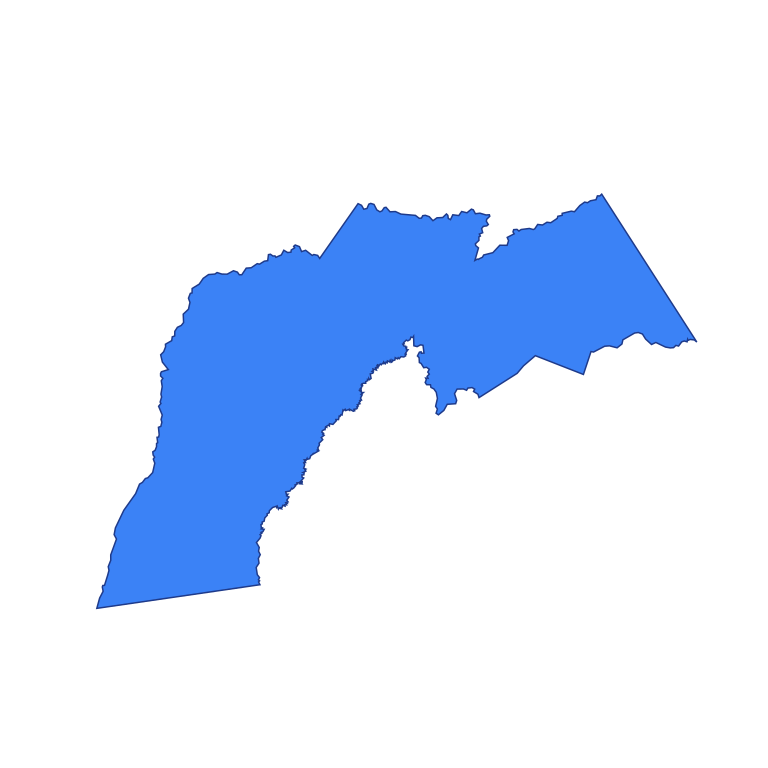 Kalabo, Western, Zambia (Albers equal-area conic projection), rotated 262°
{"feature_id": "96606910B70334566672203", "entity_name": "Kalabo", "entity_type": "district", "adm_level": 2, "iso_a3": "ZMB", "parent_name": "Zambia", "parent_adm1": "Western", "projection": "albers", "projection_center": [22.442, -14.856], "detail": "fine", "context": "isolated", "style": "filled", "palette": "blue", "viewbox_px": 768, "rotation_deg": 262, "n_neighbors": 0, "source": "geoboundaries", "source_scale": "gbopen_adm2", "svg_char_len": 6157}
<svg xmlns="http://www.w3.org/2000/svg" viewBox="0 0 768 768"><g transform="rotate(262 384 384)"><path d="M566.2,383.4L517.3,337.8L520.6,336.2L522.0,332.5L521.3,330.8L527.3,325.0L526.6,320.8L531.8,319.4L534.0,315.4L532.9,313.7L531.3,314.5L529.6,310.8L527.5,310.2L527.6,306.9L530.4,303.4L526.1,300.3L524.5,294.6L526.0,293.9L526.2,291.8L528.3,289.6L528.2,287.6L522.3,286.0L522.3,282.6L520.0,277.4L520.8,275.2L517.6,268.6L517.9,263.7L512.0,258.4L512.3,255.9L515.2,254.4L517.1,250.7L514.6,244.0L515.4,238.8L517.6,234.2L516.4,231.8L516.8,225.5L513.8,219.7L508.6,214.9L505.3,207.3L500.9,206.6L500.7,204.8L496.2,202.3L491.8,203.2L485.3,200.8L481.1,194.9L472.8,194.1L470.2,191.4L468.9,187.3L465.3,184.2L460.7,183.4L460.2,180.9L456.5,179.8L453.8,173.1L451.2,172.9L446.6,170.3L444.0,166.9L436.5,167.6L428.3,172.4L427.1,165.3L425.5,164.2L423.0,163.9L420.4,165.8L418.2,163.9L412.3,164.0L405.0,161.7L402.1,162.0L397.3,159.8L395.8,160.4L393.3,157.7L384.1,160.1L379.9,158.3L377.1,158.7L373.1,157.1L372.5,154.6L365.0,154.3L362.8,153.4L362.8,151.8L357.3,151.7L356.8,150.5L353.5,150.0L350.2,148.1L349.0,145.6L345.8,145.5L343.5,146.7L341.8,145.1L337.5,146.0L328.5,142.6L324.0,137.1L323.6,134.5L320.2,131.1L318.9,128.0L310.0,122.8L295.2,108.8L278.9,98.0L272.4,95.8L267.7,97.5L252.8,89.6L247.5,88.9L241.5,85.5L237.7,85.7L233.0,83.7L223.5,79.2L223.6,77.5L222.2,76.8L217.8,77.0L211.6,72.6L201.8,68.4L202.5,233.2L205.5,232.2L206.4,233.4L207.6,232.4L209.6,233.8L212.8,232.0L220.1,231.9L224.0,235.3L228.8,235.3L232.2,237.7L235.9,236.5L239.5,237.7L244.8,235.6L248.6,239.8L250.9,241.1L252.1,240.3L253.4,242.4L254.2,241.7L254.7,243.6L256.8,245.1L257.6,242.3L258.5,243.5L258.9,242.5L261.9,242.6L262.4,244.0L264.2,244.1L264.8,246.2L268.0,247.3L270.3,250.2L271.7,250.1L272.5,252.4L274.4,252.8L277.2,256.5L277.9,260.3L276.8,260.5L277.8,261.3L274.9,262.0L275.7,262.5L274.8,264.9L275.9,264.3L275.8,265.8L277.9,266.8L276.9,268.9L278.2,268.7L277.9,270.8L279.9,270.2L279.5,271.4L280.3,271.0L280.6,272.6L282.5,271.6L285.3,274.2L286.8,272.0L288.2,273.5L288.3,272.0L290.9,271.7L291.1,276.0L293.5,278.1L292.8,278.6L293.7,280.3L295.7,282.4L296.4,281.9L297.1,284.2L298.2,284.0L298.1,286.7L297.0,286.3L296.5,288.8L298.0,287.9L297.5,289.1L298.7,289.4L299.1,287.8L302.1,291.4L303.1,289.9L305.4,290.1L305.2,292.0L307.4,292.6L307.7,291.7L308.6,294.5L310.1,293.7L310.6,294.8L311.8,292.7L315.1,294.3L317.1,293.6L317.1,295.0L318.3,294.1L317.8,295.1L318.8,294.7L319.0,295.6L320.0,294.7L319.9,296.7L321.1,297.5L320.1,297.7L320.4,300.0L323.2,301.5L324.6,304.3L325.6,304.0L324.7,304.7L326.9,310.1L327.9,308.8L328.3,309.9L329.9,309.5L332.7,311.6L334.4,311.5L337.4,315.6L339.7,314.4L341.6,317.6L342.9,316.3L343.6,317.3L345.0,315.7L346.3,316.4L347.3,318.9L346.4,319.0L349.7,320.2L349.1,321.3L350.2,321.3L351.0,323.2L350.1,324.1L352.3,324.5L351.1,327.8L354.2,331.6L355.5,331.4L355.1,334.0L358.5,335.2L358.1,336.0L359.6,337.0L359.1,338.1L364.0,339.8L363.3,340.4L364.4,342.0L363.0,342.4L363.6,345.1L362.7,346.2L363.8,346.4L361.3,349.8L361.6,351.3L363.1,350.7L363.2,353.5L364.1,354.4L365.1,353.9L365.8,355.5L367.2,354.7L367.8,357.4L368.9,356.6L370.0,358.1L371.0,357.7L371.2,359.5L373.3,358.8L376.2,360.8L376.8,359.8L378.4,362.3L378.6,360.6L381.0,360.5L380.2,359.5L380.9,359.0L380.9,360.1L382.3,360.7L382.5,359.7L384.5,361.9L386.2,361.3L386.6,362.2L386.0,362.0L385.8,362.5L387.2,362.2L387.6,363.7L387.3,366.0L388.9,366.2L389.6,368.4L390.9,368.3L390.6,369.6L391.4,369.7L390.3,370.2L391.3,372.0L395.9,371.8L396.3,374.5L397.4,375.2L398.2,373.9L398.8,375.3L400.4,375.2L398.9,378.4L400.9,377.9L400.8,380.9L401.7,379.1L402.3,380.9L403.3,379.7L404.0,380.3L403.1,381.8L404.3,383.1L403.4,384.0L404.8,385.5L404.2,386.5L405.8,386.8L403.9,388.2L405.4,389.1L404.6,390.1L406.4,390.6L405.1,392.5L406.6,393.4L404.4,394.0L404.9,395.2L406.6,395.4L405.8,396.1L406.3,398.2L408.5,398.8L407.0,400.7L408.1,401.7L406.9,402.5L408.7,404.6L408.0,407.4L408.9,409.4L410.6,409.1L410.5,410.1L411.9,409.9L414.5,412.4L414.7,411.0L417.2,411.5L417.0,410.6L418.3,410.8L418.9,409.0L420.9,408.1L421.0,409.6L422.2,409.2L424.4,412.2L423.4,413.6L424.3,415.9L426.7,417.2L426.0,419.1L427.0,419.9L417.7,418.9L416.4,422.0L417.7,425.7L416.9,428.0L409.1,427.9L409.2,425.3L410.7,425.2L410.6,423.5L407.1,421.0L405.2,422.4L400.3,422.0L399.2,423.6L394.6,425.6L394.6,428.5L392.3,430.9L389.7,429.0L387.5,430.2L385.5,427.7L383.5,428.4L384.1,426.0L382.4,426.5L379.8,425.0L377.4,426.1L376.8,429.9L374.1,430.0L372.2,432.7L368.5,434.6L362.3,434.9L354.7,432.0L351.8,433.4L347.8,431.5L345.9,433.6L349.5,439.6L355.1,443.8L354.5,452.2L357.6,453.7L364.6,452.5L368.8,455.7L368.0,462.0L366.3,464.9L368.3,466.5L368.2,470.7L366.3,473.1L364.1,471.6L360.8,475.6L357.3,476.2L376.0,517.3L382.6,524.7L391.0,537.8L365.7,582.8L387.3,593.5L386.5,596.0L390.7,607.8L390.4,612.6L387.4,619.9L390.5,625.2L394.5,626.7L399.6,639.3L399.6,643.0L397.5,646.9L392.1,649.3L385.9,654.4L387.3,659.0L381.4,667.9L379.9,672.5L379.7,675.8L381.6,678.4L380.6,681.0L384.3,684.7L384.8,687.3L383.6,690.0L386.0,690.9L384.9,691.2L385.5,693.4L384.4,697.5L382.0,699.6L541.7,626.0L540.2,623.9L540.6,621.5L537.0,619.6L536.7,613.9L535.2,610.8L536.2,608.0L533.5,602.8L528.1,596.6L529.1,593.5L528.2,584.2L526.2,583.9L525.9,579.5L523.9,578.6L520.5,571.6L521.5,567.9L519.4,563.1L520.6,558.4L516.6,554.8L516.2,553.3L517.8,549.6L517.9,541.3L516.7,538.9L518.6,537.2L518.8,533.9L516.7,532.9L514.6,533.8L512.0,526.4L508.6,527.3L504.2,525.2L505.3,518.0L498.9,510.1L497.9,500.7L495.8,499.1L494.5,494.9L494.0,495.6L494.7,493.8L493.7,491.2L505.6,496.5L508.3,494.1L510.1,494.0L513.0,498.0L516.4,498.4L517.1,500.0L519.2,499.3L520.1,502.8L524.4,502.3L526.3,504.4L526.3,507.8L527.4,509.5L530.9,508.0L532.8,508.6L535.4,512.1L536.9,511.9L537.2,508.5L539.8,502.8L539.9,498.2L544.0,496.7L545.0,494.9L542.0,490.0L544.0,484.9L540.4,481.5L542.0,475.7L537.5,472.7L539.0,470.7L542.1,470.7L543.7,469.5L540.7,465.3L541.2,459.6L538.9,455.2L543.4,452.1L545.3,448.4L545.3,445.8L543.1,444.2L543.2,441.9L546.6,438.6L549.9,424.4L553.2,419.3L553.7,413.9L558.7,410.6L558.6,408.8L555.7,406.1L555.1,403.9L557.4,401.1L563.2,399.1L564.7,396.0L564.2,394.0L560.2,391.6L559.9,388.3L564.1,386.6L566.2,383.4Z" fill="#3b82f6" stroke="#1e3a8a" stroke-width="1.5"/></g></svg>